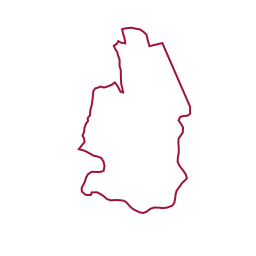 Aiquara, Bahia, Brazil, rotated 151°
{"feature_id": "56859067B38822529234338", "entity_name": "Aiquara", "entity_type": "district", "adm_level": 2, "iso_a3": "BRA", "parent_name": "Brazil", "parent_adm1": "Bahia", "projection": "robinson", "projection_center": [-39.869, -14.097], "detail": "fine", "context": "isolated", "style": "outline", "palette": "rose", "viewbox_px": 256, "rotation_deg": 151, "n_neighbors": 0, "source": "geoboundaries", "source_scale": "gbopen_adm2", "svg_char_len": 1644}
<svg xmlns="http://www.w3.org/2000/svg" viewBox="0 0 256 256"><g transform="rotate(151 128 128)"><path d="M193.0,87.4L191.0,89.3L186.2,86.7L184.0,83.4L182.3,80.1L180.9,76.1L177.9,72.9L174.7,71.5L171.5,69.7L167.3,66.8L165.6,64.3L164.7,60.2L164.0,57.3L162.2,53.5L160.5,51.1L158.5,48.4L155.7,46.2L152.2,45.8L147.4,46.5L143.6,45.7L139.6,43.4L136.5,41.1L132.9,39.6L129.8,39.0L126.6,38.7L123.5,40.4L120.3,44.4L118.0,47.5L115.8,49.6L110.9,51.9L107.2,53.7L103.9,54.5L100.9,55.4L100.0,59.1L100.4,64.5L101.3,70.2L100.9,74.6L98.7,78.0L95.4,82.1L93.0,86.5L91.4,90.1L89.2,93.9L85.9,95.7L82.2,97.6L79.6,101.8L79.6,105.5L80.1,110.1L77.1,112.4L73.4,111.5L69.9,109.9L66.6,110.4L65.0,113.7L63.4,116.4L56.8,185.6L69.6,189.2L68.4,194.3L66.6,200.8L67.9,204.7L69.7,208.4L72.5,210.6L76.0,213.8L80.6,215.9L85.2,217.3L86.4,213.7L87.2,209.8L88.1,206.2L89.4,203.4L92.6,205.9L94.4,208.7L97.0,207.0L100.6,206.8L100.9,203.1L100.6,199.4L101.6,196.4L102.0,192.5L103.5,189.5L105.4,186.3L106.2,182.2L108.0,178.9L109.5,175.9L110.9,173.4L112.7,169.4L113.6,166.1L115.0,161.5L117.0,163.4L116.9,166.6L116.8,169.9L117.5,174.3L120.8,173.7L125.0,174.1L129.4,175.0L132.0,177.6L134.8,177.9L137.4,178.5L140.5,177.1L143.5,172.6L146.1,168.9L148.7,165.5L152.1,162.1L155.2,157.5L158.5,156.2L159.7,153.4L162.8,152.1L166.1,149.1L168.4,145.9L171.5,143.3L171.5,140.0L172.9,136.7L176.7,135.3L181.3,133.3L177.3,129.5L175.0,126.2L173.0,123.0L171.5,120.4L168.7,118.1L166.0,114.8L165.7,110.4L167.0,106.2L170.0,102.4L173.4,102.9L177.1,105.0L181.0,107.3L185.3,107.0L188.7,105.0L192.0,101.7L194.9,99.8L197.6,98.0L199.2,94.8L197.4,90.0L193.0,87.4Z" fill="none" stroke="#9f1239" stroke-width="2"/></g></svg>